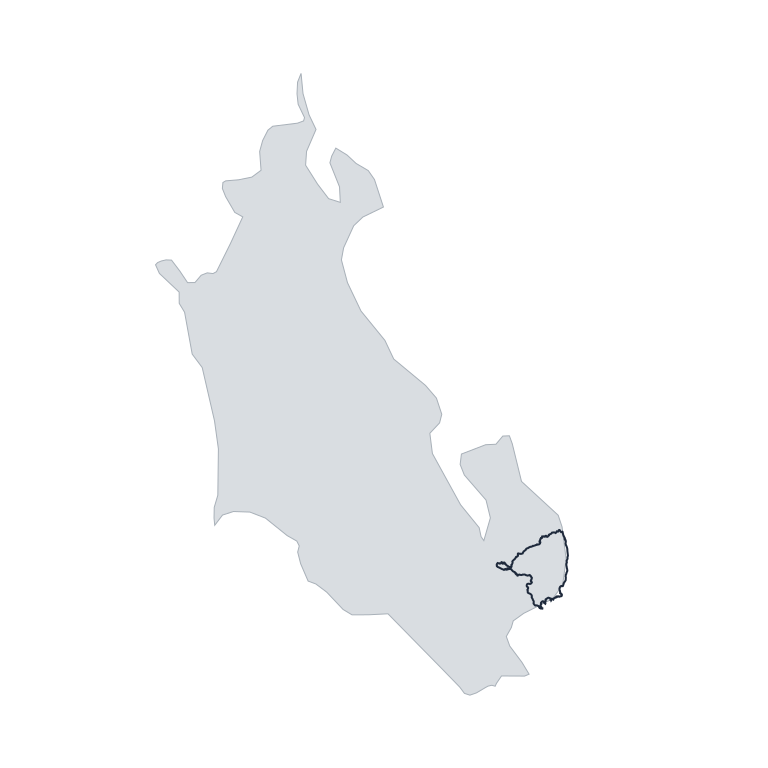 Santa Cruz, Guanacaste, Costa Rica (highlighted), rotated 206°
{"feature_id": "36466004B7119067190129", "entity_name": "Santa Cruz", "entity_type": "district", "adm_level": 2, "iso_a3": "CRI", "parent_name": "Costa Rica", "parent_adm1": "Guanacaste", "projection": "orthographic", "projection_center": [-85.683, 10.236], "detail": "fine", "context": "in_parent", "style": "outline", "palette": "slate", "viewbox_px": 768, "rotation_deg": 206, "n_neighbors": 0, "source": "geoboundaries", "source_scale": "gbopen_adm2", "svg_char_len": 7644}
<svg xmlns="http://www.w3.org/2000/svg" viewBox="0 0 768 768"><g transform="rotate(206 384 384)"><path d="M641.6,391.0L640.7,393.9L638.1,396.9L634.3,400.0L629.3,402.2L617.0,396.0L605.0,389.0L598.4,392.3L596.0,401.6L591.6,406.4L586.1,408.3L583.8,411.5L583.6,442.8L584.2,472.3L593.3,472.8L608.5,483.0L615.0,488.9L617.1,494.5L615.3,497.2L604.2,503.8L593.5,512.0L588.2,522.2L597.7,538.5L599.8,549.7L599.6,561.3L597.0,566.9L576.1,580.5L571.6,585.2L572.2,588.6L583.8,597.8L589.4,606.7L594.0,617.4L594.7,626.8L584.1,609.5L569.4,593.1L556.7,583.0L555.6,559.2L550.4,546.3L531.3,534.5L515.0,526.3L502.9,528.1L510.4,541.7L529.6,559.1L530.9,565.9L530.7,574.9L517.5,573.6L505.8,570.0L491.7,568.9L482.2,563.6L462.1,542.8L476.2,524.8L480.6,513.0L480.0,488.7L476.7,476.9L461.3,459.1L436.7,439.5L402.3,423.6L386.2,410.7L346.0,400.9L330.7,394.3L318.8,382.1L317.0,373.4L321.2,359.8L310.0,342.7L262.2,309.0L235.5,296.6L229.8,289.3L225.6,287.0L229.7,310.3L241.4,324.4L271.9,337.4L280.3,345.1L283.7,355.0L266.0,374.0L257.0,378.9L254.4,389.3L248.6,392.4L242.5,386.5L217.7,356.7L169.9,342.4L161.3,333.6L143.5,306.4L135.3,281.5L138.3,264.9L157.9,239.1L164.0,227.8L162.8,220.9L163.4,210.7L156.1,203.6L138.0,194.3L126.4,186.8L129.6,183.1L150.4,173.1L151.7,164.1L151.6,161.1L155.0,160.5L158.0,158.1L159.8,155.6L165.5,146.9L170.4,142.0L176.1,141.2L183.1,144.8L209.2,154.2L238.3,164.5L279.7,179.2L296.9,169.7L311.6,162.5L321.9,163.4L344.2,171.8L357.6,174.4L365.8,173.6L380.1,185.9L387.9,195.1L389.2,201.3L393.5,204.6L404.6,205.3L431.8,211.5L448.4,210.1L463.4,203.4L471.7,195.4L474.2,182.8L478.0,189.0L482.5,198.7L484.6,211.2L504.4,253.1L520.2,276.6L554.6,319.1L569.5,326.8L594.7,361.1L603.4,366.7L608.4,376.8L634.3,384.9L641.6,391.0Z" fill="#d9dde1" stroke="#a8b0b8" stroke-width="1"/><path d="M202.9,270.0L202.7,269.9L202.6,269.7L202.2,269.6L201.7,269.4L199.8,269.5L196.6,269.4L195.9,269.5L195.6,269.6L194.7,269.5L194.5,269.8L194.0,270.1L194.1,270.7L193.8,271.0L193.6,271.0L193.4,270.9L192.5,270.9L192.4,270.9L192.3,271.2L191.8,271.4L191.9,271.6L192.3,271.9L192.3,272.1L191.8,272.0L191.5,271.9L191.0,272.4L190.6,272.5L190.3,272.8L190.0,272.8L189.7,273.1L189.3,273.1L188.9,273.2L188.2,273.2L187.6,272.8L186.0,272.2L184.8,272.2L184.4,272.3L184.0,272.3L183.9,272.2L183.8,271.9L183.1,271.9L182.7,271.8L182.6,271.2L182.4,271.1L181.9,271.5L181.5,271.2L181.3,270.8L181.2,270.8L180.9,270.8L180.7,271.1L180.4,271.0L180.1,270.3L179.9,270.3L179.7,270.5L179.7,271.0L179.5,271.5L178.8,271.9L178.6,272.1L178.4,272.0L176.8,272.5L176.0,273.2L175.7,273.6L175.2,273.8L174.8,274.0L174.1,274.4L173.8,274.5L172.6,274.4L172.1,274.6L171.3,274.6L170.9,274.8L170.4,275.3L170.2,275.3L169.8,275.7L169.5,275.8L169.3,276.2L169.1,276.2L168.9,276.0L168.2,275.6L167.7,275.7L167.3,275.5L166.9,274.9L166.1,274.6L166.0,274.3L166.0,273.9L165.8,272.9L165.7,272.7L165.9,272.2L165.9,271.6L165.5,271.0L165.2,270.9L164.9,271.0L164.6,270.9L164.4,270.7L164.1,270.4L164.2,269.8L164.5,268.9L164.7,268.6L165.8,268.0L166.3,268.0L167.0,267.6L167.3,267.2L167.5,267.1L167.6,266.1L167.3,265.2L166.8,264.6L166.5,264.5L165.7,264.5L165.1,264.0L165.0,263.5L164.8,263.2L164.9,261.8L164.7,261.6L164.2,261.3L163.8,260.4L163.8,260.2L163.3,259.6L162.7,259.4L161.0,259.5L159.9,259.4L158.9,259.0L158.1,258.2L157.9,257.2L157.5,256.8L156.0,255.8L155.7,255.3L154.9,254.9L154.3,254.4L153.8,253.7L153.6,252.8L153.3,252.2L151.7,251.4L150.9,251.2L150.3,251.7L149.3,252.1L149.0,252.1L147.8,252.1L147.4,252.0L147.2,251.9L147.0,251.6L146.6,251.3L146.2,251.2L145.9,250.9L145.6,251.0L145.5,250.9L144.7,250.9L144.4,251.1L144.1,251.2L143.7,251.4L143.3,251.4L143.2,251.5L143.4,251.9L144.0,251.7L144.5,251.8L144.8,252.0L145.0,252.3L144.8,252.4L144.9,252.6L145.2,252.7L145.6,252.6L146.1,253.0L146.0,253.4L146.2,253.7L146.2,254.7L146.4,254.9L146.3,255.5L146.9,255.8L147.0,256.1L146.9,256.7L146.6,257.7L146.0,258.4L145.1,258.5L144.8,258.4L144.9,258.0L144.3,257.8L144.0,257.5L142.7,257.2L142.7,257.5L143.4,258.3L143.8,259.0L143.8,259.4L143.8,259.7L143.6,259.7L143.5,259.9L144.2,260.8L144.3,261.2L144.3,261.3L143.9,261.5L143.7,262.4L143.2,263.1L142.8,263.8L142.6,264.0L141.4,264.2L140.4,264.2L140.2,264.1L140.1,263.7L139.8,263.0L139.4,263.1L139.1,263.0L139.0,262.8L138.9,262.7L138.8,263.4L138.9,263.6L138.7,263.8L138.8,264.4L138.7,264.4L138.6,264.7L138.1,264.9L137.7,264.7L137.3,264.6L137.3,264.8L137.5,265.2L137.3,265.9L136.8,266.7L136.1,267.1L136.0,267.4L135.8,267.6L135.7,267.7L135.9,267.9L135.6,268.1L135.6,268.3L135.5,268.6L135.6,268.8L135.2,269.1L134.8,269.0L134.5,269.0L134.2,269.6L133.7,269.6L133.4,269.8L133.1,269.7L132.9,269.8L132.7,270.1L132.2,270.7L131.6,271.0L131.4,271.6L131.6,271.9L131.6,272.3L131.9,272.8L132.3,272.8L132.5,273.0L132.8,272.9L133.1,272.9L133.5,273.4L134.1,273.3L134.5,274.3L135.0,274.9L135.3,275.4L135.9,275.8L136.1,276.1L136.6,276.9L136.8,277.9L136.8,279.0L136.3,280.0L136.0,280.3L135.5,280.5L135.0,280.5L134.7,280.7L134.7,281.2L134.8,282.5L135.2,283.6L135.0,284.3L135.1,284.8L134.8,285.8L134.7,287.3L135.8,289.9L136.5,290.8L136.6,291.4L137.0,292.1L136.9,293.4L137.2,294.1L137.3,296.5L137.6,296.8L138.2,297.9L138.8,298.5L139.9,300.1L140.4,300.6L140.7,301.3L141.1,301.8L141.3,302.5L141.4,303.7L142.4,305.2L142.4,307.2L142.6,307.8L143.0,308.4L143.2,308.9L143.4,310.3L146.1,314.5L146.5,315.4L146.9,315.9L147.2,316.5L148.3,317.7L149.3,318.6L150.1,319.1L150.2,319.3L150.3,319.6L150.8,320.0L151.5,322.1L152.1,322.6L152.1,323.0L152.8,323.6L153.1,323.4L153.8,323.9L153.7,324.4L154.2,325.0L154.8,325.4L155.4,325.7L155.6,326.0L155.8,326.0L157.0,327.2L157.3,327.7L157.8,328.1L158.6,329.3L158.8,329.4L159.0,329.1L159.9,328.5L161.8,329.5L162.1,329.4L162.3,329.7L162.6,329.6L162.9,328.9L162.7,327.9L163.1,327.8L163.4,327.6L163.6,327.2L164.1,327.2L164.1,326.4L164.3,326.0L164.3,325.5L164.4,325.3L165.1,325.4L165.8,325.2L166.2,325.2L167.0,324.5L167.6,324.3L167.9,324.0L168.0,322.9L168.4,322.4L169.1,321.5L169.4,321.3L169.6,321.0L169.7,320.7L169.4,320.3L169.6,320.1L169.6,319.6L170.0,318.9L170.0,318.4L170.4,318.1L170.7,318.1L171.3,318.5L171.9,318.6L172.4,318.2L172.5,318.0L172.5,317.2L173.1,317.1L173.8,316.8L174.0,316.9L174.5,316.5L175.0,316.4L175.0,316.0L174.7,315.7L174.8,315.4L174.5,315.3L174.5,315.0L174.8,314.6L175.1,314.6L175.4,314.4L175.2,313.7L175.5,313.3L175.3,312.2L175.1,311.7L175.3,311.3L175.3,310.9L175.2,310.6L175.0,310.3L174.8,310.3L174.7,310.4L174.1,310.3L173.9,309.2L174.1,309.0L174.0,308.7L174.2,308.1L174.3,307.9L175.3,307.1L176.1,307.0L176.2,306.3L176.9,305.9L177.1,305.5L178.8,303.9L179.2,303.8L179.3,303.3L179.6,303.1L180.2,302.4L180.4,302.2L180.7,302.0L181.1,301.9L181.3,301.5L181.7,301.2L181.9,300.7L182.4,300.3L182.6,299.6L183.2,299.1L183.7,298.6L183.9,298.2L183.9,297.0L184.2,296.6L184.6,295.5L185.1,294.8L185.1,293.9L185.2,293.5L185.1,292.5L186.3,291.4L186.6,291.3L186.7,291.2L187.2,291.2L187.8,290.8L188.8,290.7L189.0,290.6L189.3,290.3L189.2,289.8L188.4,288.6L188.3,288.1L188.4,287.8L188.8,287.1L188.9,286.9L189.1,287.0L189.3,286.8L189.5,286.5L189.6,284.7L189.7,284.1L190.2,283.0L190.5,282.0L190.7,281.7L190.8,281.3L190.8,280.6L190.4,280.2L190.1,279.8L190.0,279.2L189.9,278.0L190.2,277.1L189.7,276.7L189.4,276.1L189.3,275.4L189.4,275.0L189.6,274.9L189.8,275.0L190.2,275.0L190.6,274.9L191.2,274.5L191.6,274.4L192.2,274.3L192.8,274.7L194.1,274.7L194.4,274.9L194.9,274.9L195.3,275.3L196.2,275.3L196.5,275.9L197.0,276.0L197.5,276.3L197.8,276.2L198.1,275.8L198.4,275.7L198.5,275.4L198.3,275.2L198.2,274.9L198.5,274.8L198.7,274.5L198.9,274.5L199.1,274.6L199.2,275.0L199.5,275.3L200.0,275.5L200.3,275.4L200.3,274.6L200.5,274.1L201.0,273.8L201.1,273.3L202.1,273.3L202.4,273.0L203.4,272.9L203.5,272.2L203.6,271.8L203.6,271.3L203.3,270.7L203.1,270.6L202.9,270.0Z" fill="none" stroke="#1e293b" stroke-width="2"/></g></svg>